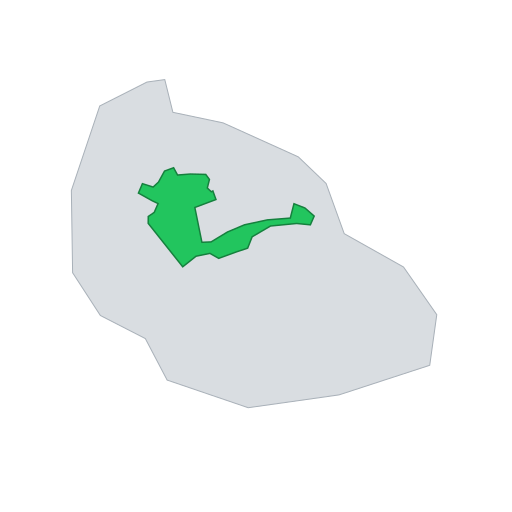 where Plaines Wilhems sits in Mauritius, rotated 104°
{"feature_id": "MUS-5188", "entity_name": "Plaines Wilhems", "entity_type": "District", "adm_level": 1, "iso_a3": "MUS", "parent_name": "Mauritius", "parent_adm1": "", "projection": "natural_earth1", "projection_center": [57.506, -20.307], "detail": "fine", "context": "in_parent", "style": "filled", "palette": "green", "viewbox_px": 512, "rotation_deg": 104, "n_neighbors": 0, "source": "natural_earth", "source_scale": "10m", "svg_char_len": 939}
<svg xmlns="http://www.w3.org/2000/svg" viewBox="0 0 512 512"><g transform="rotate(104 256 256)"><path d="M316.6,429.9L237.1,451.0L148.2,443.9L113.6,403.9L106.9,387.2L136.7,371.4L134.8,320.1L149.6,238.9L168.7,205.5L213.0,175.8L231.0,110.2L269.2,66.4L320.0,61.0L370.7,141.9L405.1,226.9L397.9,312.2L362.9,343.4L351.4,392.6L316.6,429.9Z" fill="#d9dde1" stroke="#a8b0b8" stroke-width="1"/><path d="M284.2,324.5L250.4,368.5L243.7,370.1L238.3,365.3L228.8,363.7L227.5,370.1L223.4,385.3L213.3,383.7L214.0,372.5L207.9,368.5L195.7,365.3L190.3,357.3L196.4,351.7L192.4,339.7L189.0,324.5L193.0,319.7L201.8,319.7L204.5,314.9L203.3,313.6L210.9,308.5L223.7,327.1L255.8,311.8L253.2,303.0L239.6,289.5L228.5,274.7L218.2,253.7L210.9,231.9L196.1,231.8L197.6,220.1L203.2,209.2L212.6,210.8L214.6,224.4L223.4,249.2L238.3,264.4L250.4,266.0L256.5,275.6L267.3,291.6L264.6,301.3L270.7,314.1L284.2,324.5Z" fill="#22c55e" stroke="#15803d" stroke-width="1.5"/></g></svg>